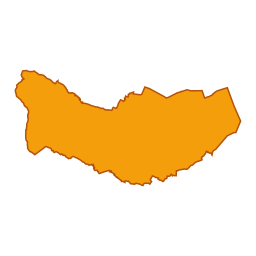 Cleja, Bacau, Romania
{"feature_id": "2599482B76086213180522", "entity_name": "Cleja", "entity_type": "district", "adm_level": 2, "iso_a3": "ROU", "parent_name": "Romania", "parent_adm1": "Bacau", "projection": "robinson", "projection_center": [26.881, 46.398], "detail": "fine", "context": "isolated", "style": "filled", "palette": "amber", "viewbox_px": 256, "rotation_deg": 0, "n_neighbors": 0, "source": "geoboundaries", "source_scale": "gbopen_adm2", "svg_char_len": 5657}
<svg xmlns="http://www.w3.org/2000/svg" viewBox="0 0 256 256"><path d="M240.6,121.1L234.0,106.0L227.3,87.7L217.4,90.8L215.1,92.1L213.9,93.2L213.7,93.5L212.6,94.2L212.6,94.7L211.7,95.3L210.4,95.8L209.3,96.5L206.8,97.2L206.0,97.5L205.1,98.1L204.6,98.0L202.0,90.5L201.3,90.7L190.7,90.8L188.7,90.2L186.8,89.8L181.4,91.7L181.3,91.4L181.0,91.5L180.1,92.0L177.1,92.9L168.7,97.2L166.4,98.0L163.1,96.0L149.4,88.6L144.9,87.0L141.7,94.4L140.4,94.8L133.2,93.9L133.6,92.1L129.5,93.4L129.4,93.7L129.5,94.1L128.4,94.3L128.1,96.8L126.3,96.6L126.0,96.3L126.0,96.7L125.5,96.6L125.4,97.1L125.1,97.9L124.6,98.1L125.0,98.6L124.7,98.9L124.9,99.1L124.8,99.4L125.2,99.8L124.7,100.2L124.2,100.4L124.2,100.7L123.8,101.3L123.4,101.3L121.9,100.2L121.2,100.1L120.6,99.8L118.5,103.2L117.8,105.4L116.5,108.3L115.9,108.3L113.4,107.3L112.6,108.1L112.3,109.3L112.4,109.7L111.5,110.3L109.8,110.0L109.2,110.1L108.5,109.8L107.4,110.1L106.9,109.9L106.1,109.9L105.5,109.6L104.9,109.7L104.4,109.5L104.1,109.1L103.3,108.4L102.3,108.2L101.3,108.5L100.0,108.1L99.6,107.6L98.3,107.4L97.2,106.9L96.0,107.0L93.6,106.2L91.8,105.8L88.7,104.4L84.9,103.3L84.2,103.4L83.1,103.1L82.7,103.2L82.6,102.5L82.2,103.0L81.8,103.0L81.5,102.6L81.6,102.2L81.1,102.0L80.3,100.5L79.8,100.3L79.9,99.6L80.3,99.3L80.3,99.1L80.1,98.9L79.0,98.8L79.0,98.6L79.3,97.9L78.7,97.3L78.0,97.2L77.6,96.8L77.7,96.3L76.6,95.8L76.0,95.9L75.2,95.7L75.6,95.0L75.1,94.9L75.2,94.6L75.2,94.4L74.5,94.0L74.4,93.7L74.1,93.5L73.8,93.6L72.7,92.8L71.8,92.9L71.6,92.8L71.4,92.8L71.3,93.1L71.2,93.2L69.8,92.9L69.4,93.1L68.9,93.0L68.6,92.7L68.6,92.2L67.9,92.0L67.4,91.4L67.3,90.1L66.3,89.2L66.1,88.8L66.1,88.2L65.4,87.7L64.8,86.5L64.2,85.8L62.9,84.6L62.1,84.3L61.0,83.6L59.1,82.9L57.8,81.5L57.7,81.2L57.8,80.8L56.7,81.5L56.2,82.3L55.9,83.3L55.6,83.6L55.3,83.7L54.3,83.0L53.2,82.7L52.5,81.8L50.5,79.9L49.7,79.4L47.3,78.6L46.8,78.2L46.1,77.7L45.6,77.0L44.2,76.0L43.9,75.4L43.7,75.3L43.0,75.4L41.3,74.7L38.8,74.6L37.8,73.6L36.9,72.9L36.2,72.6L34.2,71.0L32.5,71.5L30.7,71.6L28.4,71.4L26.5,70.5L24.3,70.8L22.9,70.8L22.4,71.6L22.1,72.5L21.3,74.9L21.3,75.3L22.2,77.3L23.4,78.5L23.9,78.7L23.9,79.1L22.1,79.6L22.3,80.6L21.7,80.7L21.3,81.4L20.8,81.8L18.8,83.0L17.6,84.4L16.8,85.0L16.7,85.6L17.0,86.3L17.0,86.9L16.5,88.2L15.6,89.3L15.4,90.1L15.4,91.5L16.1,93.8L16.6,96.4L18.2,97.5L18.9,98.3L20.2,99.3L21.0,100.2L22.1,101.9L23.3,102.8L23.7,103.5L24.4,105.7L24.9,106.2L25.7,106.4L26.0,107.2L26.9,107.6L27.1,108.0L27.3,108.2L27.9,109.5L28.1,109.7L28.1,110.2L28.3,110.4L28.6,111.5L28.6,112.8L27.9,114.2L28.0,115.3L27.7,115.4L27.7,115.7L28.0,115.7L28.0,115.9L27.7,117.1L27.9,117.9L28.0,118.1L28.0,118.7L28.2,119.0L28.1,119.9L27.8,121.6L27.2,122.8L26.8,124.0L26.7,126.5L26.5,127.9L26.5,129.6L26.0,129.6L25.9,129.9L25.7,136.0L25.9,139.0L26.1,140.0L26.7,141.0L27.4,141.6L27.5,141.9L27.3,144.6L27.4,145.3L27.7,146.5L27.6,148.0L28.1,149.2L29.8,151.5L30.4,151.8L30.9,151.8L31.0,152.0L31.6,152.2L33.5,153.6L33.9,154.1L34.6,154.2L34.6,154.6L34.8,154.7L44.4,147.6L45.4,146.6L46.7,146.8L49.1,147.8L50.8,148.3L51.1,148.6L51.6,150.5L52.0,150.7L53.1,150.5L53.3,150.7L53.3,151.7L54.0,152.4L54.8,152.4L55.6,151.7L56.3,151.7L57.5,152.4L58.1,152.6L60.5,154.6L62.0,154.0L62.4,154.3L62.5,154.9L63.1,155.0L63.2,155.3L63.6,155.4L64.9,155.4L64.9,155.7L65.4,156.0L65.5,156.4L65.9,156.5L66.2,157.0L67.5,157.8L68.1,158.4L68.7,158.7L69.1,158.4L70.5,158.5L71.0,158.1L71.0,157.8L72.6,156.5L73.4,156.5L77.6,158.4L81.0,160.4L82.8,162.0L83.8,162.1L85.5,163.9L87.3,164.2L88.0,164.5L88.7,164.5L89.1,165.3L89.6,165.1L91.1,164.8L91.6,164.4L93.4,164.6L93.5,164.8L93.5,165.7L93.4,165.9L92.9,165.8L94.4,167.2L93.7,167.6L93.6,168.0L93.7,168.5L94.2,168.5L94.3,168.9L94.2,169.3L94.4,170.1L95.2,170.5L95.7,170.2L96.7,170.4L97.1,170.3L97.7,171.6L98.0,171.5L98.2,171.8L98.7,173.0L99.3,173.6L104.0,171.9L109.1,170.4L109.5,170.6L109.7,171.2L109.6,171.7L109.8,171.7L110.9,170.9L111.2,170.9L111.4,171.1L111.2,171.7L111.1,172.3L111.4,172.3L111.7,172.6L112.2,172.6L114.5,174.2L114.2,174.4L114.4,174.7L114.2,174.8L114.3,174.9L114.2,175.0L114.3,175.3L114.9,175.3L115.0,175.8L115.4,176.0L115.7,176.4L116.7,177.0L116.6,177.3L117.4,177.4L117.4,177.5L117.5,177.9L117.9,177.8L118.8,178.6L119.0,179.0L120.4,180.0L120.9,180.1L120.9,180.5L121.5,181.1L121.5,181.5L122.5,181.3L122.9,181.4L124.9,182.5L125.0,181.1L125.2,180.9L125.9,180.8L127.4,181.4L128.5,181.2L128.7,181.6L129.8,182.5L129.9,182.9L130.6,183.8L131.9,183.8L133.9,184.2L134.3,183.9L134.6,184.2L134.8,184.2L135.6,183.4L136.3,183.4L140.1,184.2L141.6,185.2L142.6,185.4L143.0,185.5L143.9,183.5L144.4,183.4L146.0,183.2L148.2,183.2L148.8,183.4L149.8,184.1L151.6,181.5L150.4,180.2L150.4,179.3L150.5,178.9L150.9,178.8L151.4,177.6L152.3,176.5L152.4,175.9L152.7,175.9L154.1,176.5L155.1,177.2L156.1,177.6L156.8,177.5L157.8,177.8L158.1,178.0L157.9,178.3L158.0,179.0L158.6,179.5L158.7,179.3L158.9,179.3L159.1,179.7L160.2,180.3L161.0,180.2L162.8,181.5L163.4,181.4L165.2,178.6L165.5,178.8L165.8,178.8L166.7,178.5L167.1,177.5L167.0,176.8L167.2,176.1L168.1,176.3L169.8,176.1L170.1,175.9L170.7,174.7L171.2,174.2L172.3,175.8L172.7,175.3L174.3,175.6L176.2,175.7L176.4,170.7L177.5,170.8L177.9,170.7L178.6,170.1L184.5,169.0L186.7,169.3L187.2,169.2L189.3,167.2L190.4,165.8L191.3,165.4L192.5,165.1L192.9,164.8L194.3,163.3L195.2,162.6L197.0,161.6L199.5,160.9L201.7,160.1L202.0,159.7L201.4,158.2L201.9,158.0L201.9,157.4L202.1,156.7L202.8,156.5L203.8,155.8L204.0,155.4L205.5,153.5L205.5,153.2L206.4,151.3L207.1,151.4L207.2,151.8L207.7,152.4L208.3,152.1L209.4,153.2L210.3,153.0L211.2,153.2L212.0,155.0L212.2,154.3L212.4,152.7L213.2,150.9L213.6,150.5L215.5,149.5L215.8,149.2L227.3,135.8L232.8,133.1L234.2,132.6L235.8,132.6L240.6,121.1Z" fill="#f59e0b" stroke="#b45309" stroke-width="1.5"/></svg>